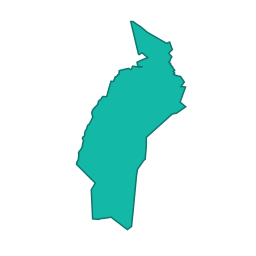 Santiago Suchilquitongo, Oaxaca, Mexico (Albers equal-area conic projection), rotated 308°
{"feature_id": "50627088B38659893203172", "entity_name": "Santiago Suchilquitongo", "entity_type": "district", "adm_level": 2, "iso_a3": "MEX", "parent_name": "Mexico", "parent_adm1": "Oaxaca", "projection": "albers", "projection_center": [-96.898, 17.231], "detail": "fine", "context": "isolated", "style": "filled", "palette": "teal", "viewbox_px": 256, "rotation_deg": 308, "n_neighbors": 0, "source": "geoboundaries", "source_scale": "gbopen_adm2", "svg_char_len": 2862}
<svg xmlns="http://www.w3.org/2000/svg" viewBox="0 0 256 256"><g transform="rotate(308 128 128)"><path d="M47.6,190.1L48.6,190.3L52.6,191.4L61.7,185.6L62.5,185.2L95.9,163.9L101.3,160.9L110.8,160.4L111.4,160.3L114.1,160.7L124.8,153.7L131.9,148.2L146.4,150.7L156.4,152.5L166.4,154.3L169.7,157.2L174.9,158.8L180.3,160.4L180.3,158.3L180.5,153.1L182.3,152.5L190.8,149.7L193.7,148.8L195.7,148.1L193.3,144.2L198.9,144.1L199.8,141.2L200.5,138.9L200.9,137.7L200.4,136.6L199.4,134.6L198.3,130.8L198.6,130.8L200.1,130.9L200.4,128.7L202.1,129.4L202.4,128.6L202.9,126.8L203.1,125.5L203.5,125.5L203.7,123.7L203.9,123.7L204.1,122.2L204.7,122.3L204.9,121.2L205.0,121.2L205.0,119.6L206.5,119.8L208.1,119.2L211.2,118.6L211.4,117.4L211.5,117.1L211.5,116.9L211.5,116.7L211.6,116.3L212.0,114.0L216.5,114.6L217.2,114.7L218.6,112.1L221.4,107.9L218.4,106.2L217.2,97.8L215.3,84.3L215.6,75.8L215.1,70.0L215.0,66.4L213.6,64.6L202.9,78.0L192.9,90.4L192.7,91.6L195.9,92.7L195.6,100.2L191.1,97.6L188.7,96.3L185.3,94.6L183.4,96.9L183.0,97.5L182.7,97.5L182.7,98.1L182.8,98.4L185.3,101.9L185.0,101.6L183.9,100.5L183.8,100.4L183.7,100.3L183.6,100.2L183.4,100.0L183.3,99.8L183.2,99.7L183.0,99.4L182.9,99.2L182.4,98.1L182.2,97.8L181.6,97.2L180.8,95.6L179.8,93.8L179.0,93.7L178.7,93.7L178.4,93.8L178.0,94.1L177.4,94.3L176.8,94.4L176.3,94.4L175.7,94.2L175.5,93.7L175.4,93.1L175.4,92.5L175.4,91.9L175.3,91.7L167.9,85.8L166.0,86.9L166.1,87.3L165.8,87.4L165.7,87.4L165.4,87.5L165.1,87.6L164.8,87.6L164.7,87.7L164.4,87.5L164.0,87.3L163.8,87.2L163.7,87.2L163.3,87.3L162.9,87.3L162.6,87.3L162.4,87.3L162.0,87.3L161.6,87.2L161.4,87.2L160.9,87.0L160.8,86.9L160.7,86.6L160.4,86.5L159.7,86.7L156.3,87.7L156.2,87.8L156.1,87.7L155.7,87.8L154.3,85.8L139.7,91.8L139.1,91.2L138.3,90.2L137.3,88.7L136.1,88.7L134.7,88.8L133.6,89.0L132.8,88.7L132.7,88.6L132.1,88.2L131.5,88.3L130.5,88.5L128.8,89.2L128.5,89.7L121.4,89.0L119.3,89.4L118.1,89.8L116.8,91.0L115.9,92.2L115.3,93.2L114.5,93.7L114.1,93.7L113.0,93.8L112.2,94.1L111.5,94.3L110.1,94.6L108.7,94.8L107.2,95.0L106.1,94.7L105.2,94.7L104.1,94.9L103.2,95.3L102.7,95.7L100.6,96.1L99.2,96.2L98.3,96.6L97.7,96.8L97.2,97.0L96.5,97.6L96.0,98.0L95.4,98.5L94.7,98.5L92.8,98.0L92.1,98.3L91.7,98.7L91.3,99.3L90.8,100.3L90.1,101.1L89.5,101.3L88.7,101.4L87.7,102.0L87.1,102.4L86.5,102.6L86.1,102.7L85.9,103.2L85.6,103.4L85.1,103.6L84.6,103.4L84.0,103.6L83.3,104.0L82.7,103.9L81.8,103.9L80.9,104.2L80.2,104.0L79.7,103.9L78.0,104.3L77.6,104.5L77.3,105.1L77.3,105.3L73.5,107.6L73.2,107.9L72.7,108.2L72.3,108.4L71.8,108.5L71.3,108.6L70.7,108.6L70.2,108.7L69.6,108.7L69.1,108.9L68.8,109.2L68.3,109.6L67.7,109.7L65.3,129.0L64.5,136.1L56.7,137.1L34.6,156.1L38.0,161.2L39.5,162.1L40.3,162.6L40.7,163.2L41.7,164.4L43.0,165.6L45.8,168.2L47.3,169.6L47.4,172.0L47.3,173.2L47.5,181.2L47.5,183.5L47.5,184.8L47.5,186.0L47.6,190.1Z" fill="#14b8a6" stroke="#0f766e" stroke-width="1.5"/></g></svg>